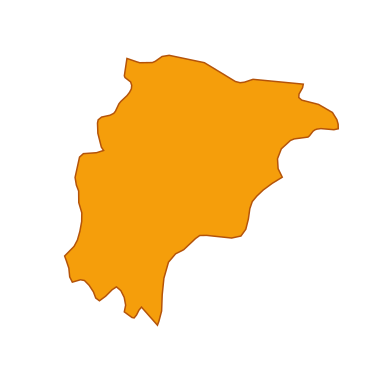 outline of Bergamo, rotated 19°
{"feature_id": "ITA-5443", "entity_name": "Bergamo", "entity_type": "Province", "adm_level": 1, "iso_a3": "ITA", "parent_name": "Italy", "parent_adm1": "", "projection": "mercator", "projection_center": [9.798, 45.758], "detail": "fine", "context": "isolated", "style": "filled", "palette": "amber", "viewbox_px": 384, "rotation_deg": 19, "n_neighbors": 0, "source": "natural_earth", "source_scale": "10m", "svg_char_len": 1455}
<svg xmlns="http://www.w3.org/2000/svg" viewBox="0 0 384 384"><g transform="rotate(19 192 192)"><path d="M283.1,68.0L298.9,71.1L305.4,76.4L308.1,80.3L309.7,84.6L305.9,86.9L293.2,90.1L289.6,91.9L287.9,93.3L286.6,95.2L284.8,100.6L283.8,102.3L271.4,108.5L268.3,111.2L262.4,122.1L262.0,132.7L265.8,141.9L272.5,148.6L265.1,157.6L259.8,165.3L258.8,166.7L254.6,174.8L252.1,181.4L252.1,188.9L254.1,199.2L255.0,209.7L252.6,217.7L244.5,222.6L225.9,226.9L220.1,228.2L213.5,230.6L210.5,234.8L202.9,249.3L196.6,255.8L192.6,266.0L193.5,282.7L197.3,298.9L202.0,314.4L202.8,325.2L202.7,328.9L202.7,329.2L181.7,317.3L180.3,321.0L179.6,326.3L178.3,329.9L176.1,330.2L167.0,327.4L166.1,320.6L162.2,313.7L156.8,308.4L151.4,306.3L148.3,310.4L144.3,318.6L139.9,325.0L135.5,323.6L131.3,318.5L125.1,313.7L119.1,310.7L115.1,311.3L108.2,316.2L104.0,312.1L100.4,304.2L95.5,297.8L92.4,294.0L98.2,281.8L99.3,274.7L98.8,265.7L97.3,255.8L94.6,247.6L88.4,238.9L84.5,228.0L80.4,223.1L76.7,216.3L74.3,195.6L76.8,191.1L88.8,186.0L94.9,181.5L91.7,179.1L83.9,167.2L80.2,157.6L79.8,154.3L82.1,150.6L89.5,146.1L92.4,143.1L93.3,140.6L94.2,132.4L95.2,129.6L99.2,122.0L100.5,118.1L101.1,114.3L100.3,110.8L98.1,107.9L91.4,105.6L90.2,104.2L87.0,86.9L97.2,86.9L100.5,86.8L112.4,82.5L114.7,80.4L119.6,73.6L125.9,70.2L161.6,65.7L197.0,73.4L201.9,73.0L205.8,71.1L213.0,65.6L262.1,53.8L262.6,57.4L261.3,64.5L262.2,67.9L265.8,69.4L283.1,68.0Z" fill="#f59e0b" stroke="#b45309" stroke-width="1.5"/></g></svg>